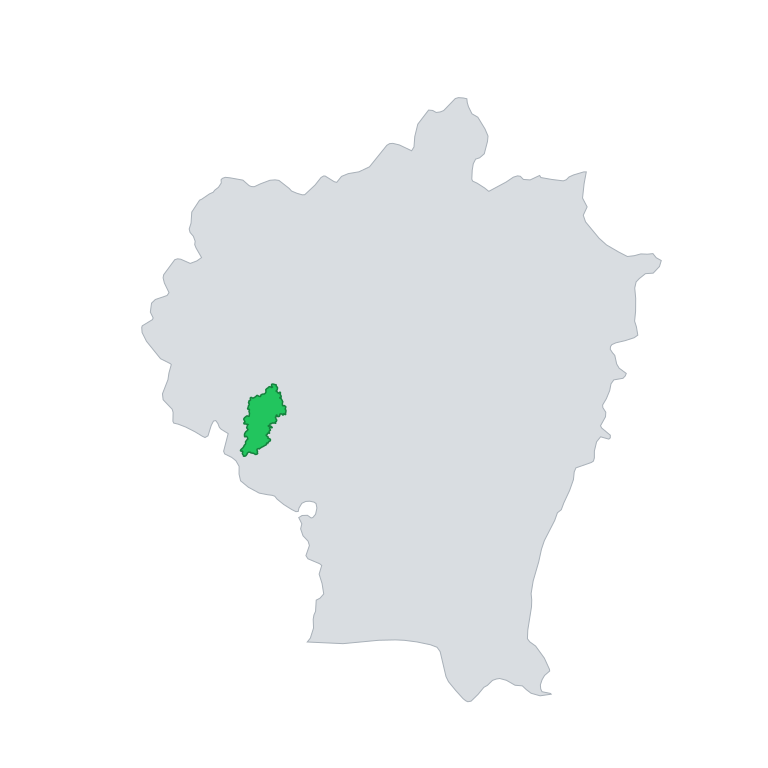 Myadzyel, Minsk, Belarus shown in context, rotated 281°
{"feature_id": "67162791B89573771278316", "entity_name": "Myadzyel", "entity_type": "district", "adm_level": 2, "iso_a3": "BLR", "parent_name": "Belarus", "parent_adm1": "Minsk", "projection": "albers", "projection_center": [26.974, 54.814], "detail": "fine", "context": "in_parent", "style": "filled", "palette": "green", "viewbox_px": 768, "rotation_deg": 281, "n_neighbors": 0, "source": "geoboundaries", "source_scale": "gbopen_adm2", "svg_char_len": 9659}
<svg xmlns="http://www.w3.org/2000/svg" viewBox="0 0 768 768"><g transform="rotate(281 384 384)"><path d="M630.8,542.1L618.8,542.2L604.4,543.4L596.6,549.6L587.7,547.4L581.6,550.9L568.2,567.2L563.0,575.8L558.4,589.0L555.6,598.6L557.7,605.2L560.7,611.3L561.7,617.9L563.3,623.1L559.9,627.1L558.1,632.6L551.9,632.0L544.2,627.1L542.2,619.6L536.2,614.5L532.3,612.0L526.1,611.8L516.2,614.7L503.3,617.1L493.5,618.0L488.2,620.9L480.4,623.8L477.2,620.8L472.5,612.3L468.7,603.8L466.1,600.1L463.9,599.2L461.2,599.5L458.3,602.3L456.1,605.1L448.0,608.6L444.4,611.8L440.6,619.8L438.0,619.3L435.2,617.5L431.9,608.8L427.5,606.8L420.6,606.8L412.1,605.1L405.1,602.6L402.6,603.3L398.6,607.1L394.1,607.7L384.3,604.5L382.4,606.0L376.9,615.9L374.3,616.4L372.8,615.2L373.5,606.7L367.8,603.7L358.3,603.3L351.6,604.6L348.3,604.3L346.6,602.6L338.3,588.4L334.0,587.5L326.3,588.2L314.8,586.5L301.6,583.2L294.4,582.0L290.7,578.8L282.6,577.6L260.9,571.3L252.0,570.1L239.0,569.8L219.1,568.0L206.3,568.4L200.3,570.2L193.5,571.3L169.8,572.1L161.3,573.4L158.7,576.3L155.7,582.8L145.5,593.7L135.6,600.8L133.9,601.4L128.5,597.2L123.9,595.6L118.5,594.9L114.6,596.0L112.1,597.8L112.0,606.6L111.4,607.3L107.7,596.7L108.5,587.4L111.1,582.1L114.1,577.4L113.3,570.1L116.5,560.7L117.0,553.8L115.9,550.7L113.8,547.1L107.9,543.0L105.3,539.9L97.2,535.5L89.3,530.0L88.1,526.9L88.6,524.8L90.2,521.7L96.9,512.8L104.1,504.1L108.6,500.7L132.0,490.2L135.7,486.3L136.9,479.4L137.1,465.6L136.3,452.9L135.0,444.1L131.4,427.6L121.3,393.3L116.1,357.9L120.5,360.2L131.0,361.4L139.5,359.4L143.9,359.3L147.8,360.2L158.9,358.7L161.5,362.0L166.4,364.9L176.3,361.3L185.0,356.6L194.0,357.5L195.3,355.1L197.9,342.7L200.6,340.1L211.2,341.6L215.2,339.5L219.5,333.5L225.9,329.8L231.1,330.0L236.6,325.8L239.3,328.7L240.5,333.9L238.6,338.0L239.3,339.6L243.1,341.7L249.5,341.8L253.7,340.1L254.7,337.8L254.8,333.5L253.8,329.6L251.2,326.1L246.0,324.2L242.5,324.1L241.9,321.9L243.2,317.3L246.5,308.7L250.6,301.0L253.0,298.2L253.4,295.5L253.1,290.8L253.1,282.3L256.8,270.5L261.6,261.7L267.9,258.9L275.5,257.5L280.4,253.3L282.9,248.5L285.0,240.9L287.4,239.4L305.6,240.5L308.5,232.8L310.0,230.7L313.5,228.5L316.0,225.8L315.1,223.7L310.4,222.3L299.5,221.1L297.3,218.5L298.1,215.5L301.0,207.7L303.9,197.6L305.3,189.7L305.5,185.1L307.1,183.9L315.9,182.4L318.8,180.9L326.4,170.2L332.1,168.4L347.0,171.1L353.8,170.8L362.5,171.5L363.2,170.4L366.2,159.8L380.6,142.7L388.4,136.7L393.3,135.4L395.0,135.6L403.0,144.4L404.8,144.8L410.0,140.9L419.0,140.4L423.3,143.4L429.5,154.2L432.7,155.5L441.3,149.1L446.1,146.9L449.3,146.9L466.1,154.9L467.5,157.5L467.7,160.7L465.4,170.8L469.1,176.8L473.3,180.8L481.6,173.6L484.7,171.6L488.1,171.4L492.6,168.7L495.8,164.7L499.0,163.2L505.1,163.9L516.1,162.5L529.3,167.9L530.5,169.7L537.3,176.4L539.7,179.8L541.9,180.8L545.5,184.0L550.3,185.9L553.4,185.1L555.0,186.1L556.6,188.8L557.0,193.4L557.2,206.6L553.0,213.7L552.5,216.1L552.9,219.0L556.9,224.5L562.2,233.1L563.6,238.1L563.8,242.0L557.9,253.6L555.8,256.4L554.6,262.1L554.1,267.7L554.7,270.1L566.2,278.4L574.7,282.8L576.7,285.1L576.9,286.6L573.1,296.5L572.9,299.1L579.7,302.7L583.7,308.8L587.5,318.9L594.4,328.3L618.8,341.2L621.0,343.6L621.9,346.7L621.6,353.5L618.2,366.6L622.4,368.2L632.8,367.0L645.5,367.6L661.4,375.5L661.8,379.6L660.5,383.4L661.8,387.3L663.8,390.4L677.8,399.5L679.3,402.4L679.9,407.3L679.8,410.9L676.2,412.0L672.3,414.0L666.0,418.8L663.8,425.2L653.6,434.5L647.2,438.8L641.9,439.3L629.1,438.5L624.3,434.7L622.2,431.0L617.2,429.6L610.7,429.8L601.8,431.1L600.1,432.3L598.9,437.1L595.6,445.4L593.1,450.1L605.5,465.3L611.7,471.5L613.8,475.4L613.9,478.2L611.4,481.8L612.2,488.5L618.4,497.0L616.6,498.6L616.8,509.6L617.6,521.2L619.3,524.0L622.5,526.1L625.4,530.2L630.3,539.6L630.8,542.1Z" fill="#d9dde1" stroke="#a8b0b8" stroke-width="1"/><path d="M296.5,274.0L297.5,274.8L298.7,276.1L299.5,277.2L300.4,278.2L301.1,279.0L301.6,279.8L302.5,280.2L303.2,280.0L303.9,280.5L304.0,281.2L303.9,281.3L304.3,281.4L304.9,281.8L305.3,281.8L305.8,282.1L305.9,282.3L306.1,282.7L306.3,283.0L306.6,283.2L307.1,283.2L307.4,283.2L307.8,283.1L308.1,282.9L308.2,282.6L308.3,282.1L308.5,281.7L308.6,281.1L308.7,280.7L308.8,280.3L309.4,280.3L309.7,280.4L310.0,280.2L310.2,279.7L310.3,279.4L310.6,278.8L310.8,278.5L311.1,278.2L311.4,278.1L311.7,278.3L311.9,278.6L312.1,278.7L312.5,279.0L312.8,279.0L313.1,279.1L313.4,279.1L313.6,279.4L313.7,279.9L313.7,280.1L313.8,280.4L313.8,280.7L313.8,280.9L313.9,281.0L314.1,281.0L314.3,280.9L314.5,280.7L314.7,280.4L315.0,280.4L315.4,280.3L315.6,280.3L315.9,280.4L316.1,280.5L316.4,280.8L316.5,281.0L317.0,281.3L317.4,281.2L317.6,281.0L317.8,280.8L318.0,280.6L318.2,280.3L318.4,280.2L318.8,280.1L319.1,280.1L319.3,280.2L319.4,280.5L319.5,280.7L319.5,281.1L319.6,281.5L319.6,281.9L319.6,282.2L319.7,282.4L320.0,282.5L320.3,282.2L320.5,281.9L320.8,281.4L320.9,281.2L321.1,280.8L321.1,280.6L321.1,280.2L321.0,279.9L320.7,279.5L320.4,279.2L320.3,278.9L320.4,278.6L320.6,278.5L320.9,278.4L321.0,278.5L321.2,278.8L321.4,279.0L321.6,279.2L321.7,279.5L321.9,279.6L322.2,279.7L322.5,279.8L322.8,279.8L323.2,279.9L323.3,280.1L323.5,280.4L323.5,280.8L323.6,281.1L323.7,281.3L323.9,281.4L324.1,281.5L324.4,281.7L324.5,281.9L324.5,282.3L324.5,282.9L324.7,283.3L324.8,283.7L324.8,284.1L324.8,284.4L324.7,284.7L324.7,284.9L324.8,285.1L325.0,285.1L325.4,284.9L325.6,284.7L325.8,284.7L326.1,284.7L326.4,284.9L326.5,285.1L326.7,285.4L327.0,285.5L328.0,285.6L328.4,285.4L328.5,285.1L328.7,284.9L329.0,284.7L329.4,284.5L329.8,284.4L330.0,284.3L330.1,284.0L330.3,283.9L330.5,283.8L330.8,283.8L331.0,283.9L331.1,284.1L331.5,284.3L331.9,284.3L332.3,284.2L332.7,284.2L333.0,284.4L333.0,284.6L333.0,284.9L332.6,285.1L332.2,285.2L332.0,285.4L331.8,285.7L331.8,286.0L331.9,286.6L331.9,286.8L332.1,287.1L332.2,287.3L332.4,287.5L332.8,287.6L333.2,287.6L333.7,287.7L334.0,287.6L334.5,287.6L334.9,288.1L335.0,288.5L335.0,289.0L335.0,289.4L334.9,289.7L334.6,290.0L334.4,290.3L334.2,290.7L334.3,290.9L334.5,291.0L334.9,290.9L335.3,290.9L335.5,291.1L335.6,291.4L335.5,291.6L335.3,291.8L335.2,292.2L335.2,292.4L335.2,292.8L335.2,293.1L335.3,293.2L335.8,293.2L336.1,293.1L336.3,292.9L336.6,292.8L337.1,292.9L337.5,293.0L337.8,293.0L338.4,292.9L338.8,292.9L339.3,292.8L339.9,292.5L340.1,292.2L340.3,292.0L340.6,291.8L340.9,291.8L341.2,291.9L341.5,291.9L341.9,292.0L342.5,292.0L342.8,291.9L343.1,291.8L343.3,291.5L343.3,291.1L343.5,290.8L343.7,290.4L343.8,290.1L343.7,289.8L343.5,289.6L343.4,289.3L343.4,288.9L343.4,288.7L343.6,288.5L344.1,288.3L344.5,288.2L344.9,288.1L345.3,288.0L345.6,287.9L346.2,287.9L346.9,288.0L347.3,288.0L347.7,287.7L348.3,287.2L348.7,286.9L349.2,286.5L349.6,286.2L349.9,285.9L350.1,285.7L350.1,285.4L350.2,284.9L350.3,284.5L350.6,284.4L350.9,284.4L351.0,284.7L351.1,284.9L351.2,285.3L351.3,285.5L351.5,285.5L351.8,285.5L352.3,285.4L352.8,285.1L353.1,285.0L353.4,284.7L353.7,284.3L354.0,284.1L354.3,284.0L354.9,284.0L355.1,284.1L355.5,284.1L356.0,283.8L356.1,283.6L356.1,283.3L355.9,283.1L355.7,282.9L355.3,282.6L355.1,282.4L355.0,282.2L354.9,282.0L355.0,281.7L355.6,281.0L355.9,280.7L356.0,280.4L356.1,280.1L356.2,279.8L356.4,279.5L356.8,279.5L357.0,279.6L357.0,279.8L357.1,280.0L357.5,280.1L358.0,280.2L358.6,280.3L359.1,280.3L359.8,280.2L360.2,280.1L360.6,279.8L360.7,279.5L360.9,279.0L361.2,278.8L361.8,278.5L362.5,278.3L362.7,278.1L362.6,277.8L362.6,277.3L362.7,276.7L362.7,275.9L362.8,275.3L362.7,274.7L362.6,274.2L362.1,273.8L361.4,273.8L360.8,274.0L360.2,274.3L360.0,274.8L359.7,275.1L359.3,274.8L359.1,274.2L359.3,274.0L359.5,273.4L359.5,272.0L358.9,271.3L358.0,270.8L357.3,270.0L356.5,269.4L356.0,269.1L355.3,269.2L354.5,269.5L353.6,269.6L353.0,269.5L352.4,269.3L351.4,268.5L351.2,267.9L351.0,267.0L350.7,266.5L350.3,265.8L349.6,265.2L349.0,265.3L348.2,265.1L348.1,264.1L348.1,263.3L348.3,262.9L348.6,262.0L348.6,261.6L348.2,261.1L347.5,260.8L346.8,260.2L346.2,259.5L345.5,258.7L345.1,258.1L345.1,257.5L345.4,257.0L345.5,256.4L345.4,255.9L345.0,255.5L344.2,255.5L343.7,255.7L343.2,255.8L342.8,256.0L342.2,255.5L341.9,255.1L341.4,254.6L341.0,254.8L340.3,254.8L340.0,254.6L339.7,254.6L339.2,255.0L338.9,255.5L338.5,255.6L337.9,255.6L337.4,255.3L336.8,255.1L336.2,255.1L335.0,255.1L334.5,254.9L333.9,254.8L333.5,255.0L333.3,255.4L333.5,256.2L333.3,256.7L332.7,256.9L332.0,256.7L331.3,256.7L330.9,256.9L330.6,257.1L329.5,257.6L329.0,257.6L328.0,257.7L327.1,257.8L326.9,257.8L326.5,257.6L326.4,257.1L326.5,256.6L326.6,255.7L326.2,255.1L325.3,254.4L324.9,254.0L324.4,253.6L323.8,253.3L322.8,253.0L322.1,253.4L321.3,254.1L320.7,254.6L320.0,254.7L319.9,254.4L319.0,253.9L318.6,254.0L318.3,254.1L318.2,254.5L318.2,255.2L318.4,255.9L318.3,256.9L318.4,257.6L318.3,258.2L317.5,257.8L316.9,257.8L316.4,257.7L315.8,257.8L315.2,257.5L314.4,257.9L314.0,258.4L313.8,258.7L313.4,259.1L312.8,259.0L312.1,258.5L311.3,258.0L311.0,257.6L310.2,257.2L309.5,257.0L308.7,256.7L307.6,256.7L306.8,256.9L306.2,257.0L305.7,257.3L305.6,257.7L305.9,258.1L306.4,258.5L306.3,258.9L306.1,259.4L305.6,260.0L304.9,260.4L304.4,260.7L303.9,260.8L303.5,260.3L302.8,260.0L302.0,259.7L301.3,259.2L300.7,259.1L300.0,259.3L299.3,259.5L298.8,259.5L298.2,259.3L297.7,258.9L297.1,258.5L296.6,258.4L296.1,258.4L295.4,258.1L294.5,257.7L294.1,257.4L293.4,256.9L292.8,256.4L292.3,256.1L291.6,255.8L291.1,255.9L290.9,256.3L290.8,256.7L290.9,257.3L291.1,257.8L290.6,258.3L288.7,258.2L288.1,258.6L287.3,259.4L287.0,259.8L286.4,259.9L286.4,260.6L287.0,261.9L288.0,262.5L289.2,263.0L290.0,263.0L291.2,264.0L291.4,264.9L291.5,265.9L291.0,266.4L291.0,268.1L291.1,268.9L290.7,270.4L290.3,271.0L290.5,272.0L291.0,272.8L291.7,273.2L292.2,273.0L292.8,272.6L293.8,272.7L294.4,272.2L295.2,271.8L295.9,272.0L296.6,272.8L296.5,274.0Z" fill="#22c55e" stroke="#15803d" stroke-width="1.5"/></g></svg>